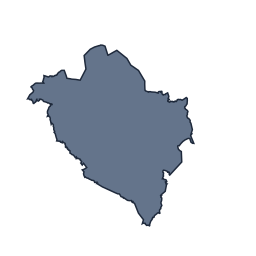 Tuxpan, Michoacán, Mexico, rotated 54°
{"feature_id": "50627088B72618963971649", "entity_name": "Tuxpan", "entity_type": "district", "adm_level": 2, "iso_a3": "MEX", "parent_name": "Mexico", "parent_adm1": "Michoacán", "projection": "albers", "projection_center": [-100.476, 19.578], "detail": "fine", "context": "isolated", "style": "filled", "palette": "slate", "viewbox_px": 256, "rotation_deg": 54, "n_neighbors": 0, "source": "geoboundaries", "source_scale": "gbopen_adm2", "svg_char_len": 5758}
<svg xmlns="http://www.w3.org/2000/svg" viewBox="0 0 256 256"><g transform="rotate(54 128 128)"><path d="M160.6,183.3L173.2,176.2L175.5,174.8L175.9,174.0L176.2,173.8L176.7,173.7L179.4,174.0L180.9,172.9L181.9,172.9L181.8,172.5L185.8,171.1L186.5,170.7L188.0,169.1L188.6,167.9L188.9,167.8L189.8,168.3L190.4,168.2L190.3,167.6L190.4,167.2L190.7,167.2L191.2,167.8L191.4,167.8L191.7,167.5L192.9,167.0L203.0,169.6L211.3,169.4L213.8,172.6L213.9,171.5L214.5,171.1L215.1,170.2L215.4,170.1L216.2,170.5L216.6,170.3L217.7,170.2L217.9,170.0L218.2,169.2L218.8,168.4L219.6,168.3L219.8,168.1L219.6,167.7L218.7,167.1L217.2,165.0L216.6,164.0L216.3,162.7L215.5,161.6L215.2,161.1L215.3,161.1L214.9,160.6L215.0,160.3L215.4,159.9L215.5,159.5L215.3,159.2L214.5,158.2L214.4,157.8L214.3,154.9L214.1,154.3L214.4,153.3L215.5,152.8L215.7,152.4L215.4,152.1L214.4,151.9L213.8,151.3L213.0,150.8L212.6,150.2L212.6,149.1L212.4,148.8L212.0,148.4L211.5,148.2L210.6,146.2L210.3,146.1L208.3,145.6L207.3,144.8L206.9,144.1L206.2,143.2L204.6,141.9L204.0,141.8L203.5,142.1L203.1,142.0L202.7,141.3L201.8,141.3L201.7,140.9L201.9,140.6L202.2,140.4L202.2,140.2L201.5,140.0L201.1,135.1L196.4,130.1L196.2,129.3L195.4,130.1L195.2,130.0L194.6,129.4L194.1,129.6L193.6,129.5L193.6,129.2L194.3,128.6L194.2,128.1L192.4,127.7L191.8,128.0L190.9,129.1L189.8,129.1L189.3,130.0L188.5,129.0L187.7,127.4L186.9,127.3L185.9,126.1L185.0,125.6L184.7,125.8L184.4,125.8L183.5,125.2L183.0,124.4L183.1,123.9L184.0,123.1L185.4,122.1L186.7,121.5L187.1,121.9L187.5,121.5L187.8,120.9L188.0,120.7L188.5,120.8L189.2,121.6L189.5,121.8L190.1,122.0L190.6,121.9L187.1,104.5L178.4,98.7L177.8,98.9L176.5,99.5L175.6,99.5L174.8,99.7L172.2,98.7L171.7,98.1L171.8,97.7L172.5,96.9L172.0,95.6L171.6,94.0L171.1,91.2L171.2,90.5L171.1,89.4L171.7,85.7L172.3,84.7L173.2,84.2L174.3,84.7L176.6,85.4L178.4,84.7L178.6,84.3L179.1,83.8L170.9,81.8L170.0,80.6L170.5,80.4L170.2,79.7L169.6,80.1L167.2,76.9L161.1,74.3L159.7,74.3L158.3,73.2L155.8,73.3L155.3,73.8L154.9,73.9L153.5,73.6L153.1,73.3L152.7,73.3L151.9,71.9L150.5,71.0L150.2,70.1L149.8,69.8L148.8,69.7L147.8,69.9L146.5,70.4L145.2,70.1L145.0,70.3L144.7,70.0L144.1,69.6L144.1,68.2L143.3,66.5L143.3,66.1L141.5,64.6L140.6,63.8L139.6,63.2L139.0,62.7L138.5,62.7L138.2,62.9L137.6,63.0L137.5,66.1L137.3,67.9L135.8,68.7L135.5,69.3L135.0,70.0L134.7,70.1L134.2,71.0L134.2,71.8L134.5,72.1L134.7,72.5L134.9,73.4L134.0,73.9L134.1,74.1L134.0,74.4L134.2,74.7L134.1,74.9L133.9,74.9L133.7,75.2L133.8,75.5L133.5,75.8L133.5,76.1L133.2,76.3L132.6,76.4L132.4,77.0L131.3,77.9L131.7,79.1L129.9,80.1L129.4,79.9L129.0,79.5L129.4,78.2L129.3,77.9L129.0,77.8L128.0,78.3L127.7,78.2L126.7,76.6L125.9,76.2L122.9,75.3L122.5,77.5L122.8,78.3L121.9,79.4L122.0,80.1L121.1,80.3L120.3,80.3L119.5,79.9L118.8,79.3L118.1,79.2L118.0,79.4L118.2,80.0L118.1,80.4L117.6,80.1L116.7,81.6L116.7,82.3L116.9,82.7L117.4,83.1L115.0,85.0L112.6,87.9L111.9,88.4L110.9,89.7L111.1,90.2L108.8,91.6L108.5,91.9L107.7,92.1L106.2,91.3L102.5,88.8L99.8,86.8L99.3,86.8L87.6,85.7L78.8,88.8L71.1,88.0L58.6,91.4L58.2,94.5L57.4,101.4L57.3,101.5L48.3,98.5L46.2,99.8L44.8,101.4L44.7,102.4L44.3,103.1L42.8,107.5L42.1,112.2L43.6,120.9L49.7,124.3L55.6,127.4L61.2,138.6L58.1,141.6L55.4,144.8L54.2,145.8L51.9,148.2L49.4,147.3L46.6,146.5L43.9,145.7L42.4,147.7L42.3,148.4L42.3,149.3L42.5,150.4L42.2,151.3L42.7,153.3L43.1,153.7L43.1,154.2L43.3,154.7L43.0,155.2L42.9,155.2L42.7,156.2L42.5,156.4L42.4,156.9L42.6,157.6L42.5,157.9L42.1,158.6L41.9,158.6L41.8,159.2L41.4,159.0L41.2,159.0L41.0,159.5L40.2,160.2L40.0,160.6L40.1,161.1L40.0,161.3L40.1,162.1L39.5,162.8L38.6,163.3L37.9,164.0L37.4,164.2L36.9,164.7L36.2,165.2L37.7,166.1L38.9,167.8L39.4,168.1L40.3,169.7L42.2,169.7L42.0,170.1L40.6,171.8L40.0,172.8L37.9,175.6L37.4,176.6L37.5,178.3L37.7,179.4L37.5,180.7L37.6,181.4L37.6,182.2L38.0,182.4L38.8,182.2L39.2,182.0L39.6,182.0L40.5,182.4L42.1,182.3L42.6,182.8L43.1,183.7L43.3,184.7L43.2,185.7L43.4,186.7L43.4,187.8L45.4,192.1L45.7,191.5L46.4,191.0L47.3,190.8L47.6,190.5L47.9,189.4L48.2,189.2L48.6,189.4L48.7,189.7L50.3,189.3L51.9,190.0L52.4,190.1L52.8,189.8L52.6,188.5L52.7,187.6L52.3,187.1L52.5,186.8L52.4,186.6L52.0,186.2L51.9,185.7L51.2,185.2L51.2,184.9L52.3,185.3L52.6,185.3L53.5,184.8L53.5,183.2L53.2,182.9L52.7,182.7L53.4,181.6L55.5,180.5L56.3,180.7L57.0,180.6L58.7,179.2L59.9,178.4L60.5,178.3L60.7,177.8L61.3,177.4L62.5,177.0L63.0,176.2L63.8,175.5L64.4,175.7L63.9,177.2L64.7,178.1L64.6,178.9L64.8,179.7L65.6,180.9L66.1,181.3L66.2,181.9L66.7,182.7L67.2,183.4L68.6,184.4L69.1,184.6L69.8,184.5L70.4,184.8L70.7,185.7L71.2,186.4L71.6,185.0L72.0,185.2L73.3,184.8L75.0,185.5L75.4,186.1L76.8,186.5L79.8,187.9L79.3,186.8L80.1,186.6L81.5,186.5L83.0,187.6L83.7,187.6L84.0,187.7L84.7,188.3L85.5,188.9L86.6,189.2L87.4,189.2L87.7,189.3L87.9,189.6L88.0,190.3L89.8,190.2L90.8,190.6L93.7,191.7L95.4,192.2L96.1,192.7L96.5,193.3L99.0,190.6L99.3,190.5L99.5,190.9L99.8,190.9L100.2,190.5L101.5,189.8L101.5,189.7L100.9,189.2L100.7,188.8L101.7,188.9L102.4,188.4L103.3,188.0L104.0,188.1L104.3,188.6L105.5,188.8L106.6,189.8L107.3,189.6L107.4,188.8L108.7,188.8L108.8,189.2L109.6,189.3L109.9,189.0L110.3,189.0L110.2,188.9L110.8,189.1L111.4,188.6L112.4,188.4L112.7,188.7L113.4,189.0L114.1,189.7L115.9,189.0L116.7,188.9L117.4,188.3L118.2,188.0L120.9,188.0L121.0,187.4L121.4,187.3L121.3,186.9L122.0,187.2L122.4,187.8L122.9,187.0L122.9,186.4L124.9,185.4L124.9,185.2L125.9,185.2L126.0,185.5L127.8,185.2L127.9,185.5L128.4,185.8L128.6,186.1L128.6,186.8L131.1,186.8L130.4,184.7L135.7,184.6L135.7,186.6L135.5,188.1L135.0,189.6L137.6,189.4L138.9,190.9L140.4,191.5L142.4,191.9L142.4,191.3L143.3,191.1L144.7,190.4L145.1,189.8L146.5,189.4L147.7,188.6L148.9,188.1L150.4,186.6L152.2,186.7L152.4,186.9L153.7,185.0L154.4,186.0L155.0,185.1L155.4,185.5L160.6,183.3Z" fill="#64748b" stroke="#1e293b" stroke-width="1.5"/></g></svg>